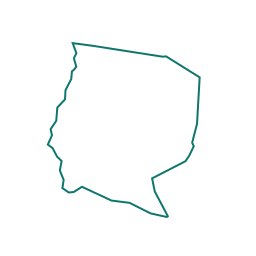 Saluda, South Carolina, United States of America (Natural Earth projection), rotated 256°
{"feature_id": "52423323B78035589313404", "entity_name": "Saluda", "entity_type": "district", "adm_level": 2, "iso_a3": "USA", "parent_name": "United States of America", "parent_adm1": "South Carolina", "projection": "natural_earth1", "projection_center": [-81.736, 34.001], "detail": "fine", "context": "isolated", "style": "outline", "palette": "teal", "viewbox_px": 256, "rotation_deg": 256, "n_neighbors": 0, "source": "geoboundaries", "source_scale": "gbopen_adm2", "svg_char_len": 640}
<svg xmlns="http://www.w3.org/2000/svg" viewBox="0 0 256 256"><g transform="rotate(256 128 128)"><path d="M82.1,69.1L61.6,94.4L55.0,111.4L39.7,129.2L32.3,144.0L32.8,145.3L60.0,138.6L73.3,139.2L81.9,175.8L86.4,180.8L94.4,187.4L98.2,186.7L115.4,196.0L135.1,202.1L159.8,209.8L183.8,186.6L188.3,182.3L188.8,178.9L201.4,148.9L216.4,113.4L223.7,94.9L213.1,96.0L208.8,92.4L199.9,92.6L197.9,90.1L196.5,87.3L189.3,84.8L179.8,76.5L171.0,73.8L165.0,64.4L152.3,60.1L145.6,52.6L139.4,52.5L131.3,46.2L126.9,49.9L117.3,52.3L112.0,55.6L103.2,51.6L93.2,53.0L85.5,49.8L79.8,54.9L79.0,59.8L82.1,69.1Z" fill="none" stroke="#0f766e" stroke-width="2"/></g></svg>